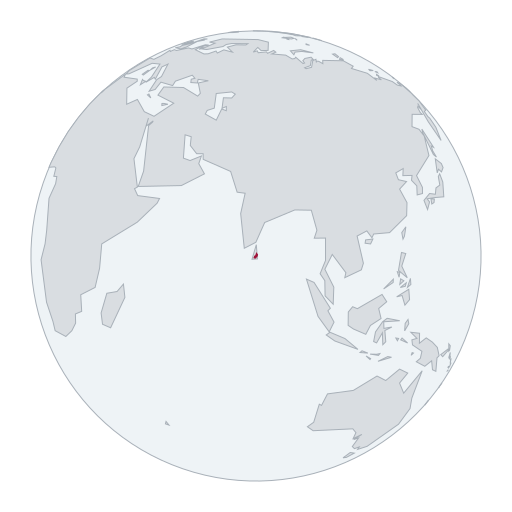 Badulla on an orthographic globe, rotated 19°
{"feature_id": "LKA-2467", "entity_name": "Badulla", "entity_type": "District", "adm_level": 1, "iso_a3": "LKA", "parent_name": "Sri Lanka", "parent_adm1": "", "projection": "orthographic", "projection_center": [81.038, 7.079], "detail": "fine", "context": "on_globe", "style": "filled", "palette": "rose", "viewbox_px": 512, "rotation_deg": 19, "n_neighbors": 0, "source": "natural_earth", "source_scale": "10m", "svg_char_len": 8869}
<svg xmlns="http://www.w3.org/2000/svg" viewBox="0 0 512 512"><g transform="rotate(19 256 256)"><circle cx="256" cy="256" r="225" fill="#eef3f6" stroke="#a8b0b8"/><path d="M348.5,50.6L345.8,49.6L350.1,51.6L335.9,45.8L343.5,48.4L343.2,48.3L348.5,50.6ZM328.6,43.1L326.4,42.5L326.9,42.5L328.6,43.1ZM57.1,150.2L73.4,126.5L73.1,129.9L86.1,127.4L86.8,129.4L79.3,139.3L84.3,154.6L92.9,146.6L103.4,155.9L114.1,157.1L128.5,138.3L110.9,135.8L113.8,126.2L132.6,120.3L148.8,123.8L150.4,120.3L145.1,111.2L153.9,105.8L143.8,107.8L144.2,111.5L137.9,113.2L137.2,109.9L140.4,107.9L136.9,105.8L122.9,116.9L121.7,122.0L109.5,122.6L106.4,131.4L101.3,135.0L104.7,121.6L108.2,117.1L110.3,103.2L105.5,107.8L103.2,121.6L101.7,120.2L95.2,127.7L98.9,120.9L102.7,105.8L95.1,107.6L76.6,125.1L74.0,126.2L75.8,121.9L91.3,103.3L95.4,103.3L101.0,97.7L107.7,89.5L108.4,90.5L111.6,87.5L113.9,87.6L124.5,81.2L128.0,81.1L139.3,72.8L142.6,71.9L135.0,76.8L131.5,80.7L141.0,81.9L144.9,80.4L151.5,75.2L153.3,76.7L158.5,71.6L167.4,70.9L160.9,67.8L168.4,62.8L177.7,59.8L179.1,57.9L163.9,63.0L159.0,65.7L156.6,68.7L142.0,76.9L137.2,77.9L148.0,68.1L142.4,68.9L153.3,61.8L187.5,50.7L198.1,49.8L200.5,57.7L193.9,60.1L189.8,58.2L187.0,64.1L190.4,61.6L191.9,63.1L199.5,59.6L200.9,60.6L205.8,55.9L208.4,56.8L205.2,59.8L218.7,56.4L226.0,57.9L228.4,56.7L228.8,55.1L237.8,58.7L239.1,57.7L236.7,56.1L237.9,53.3L243.4,50.1L246.1,51.5L244.5,52.8L245.4,58.3L240.7,62.2L242.4,62.6L247.1,59.5L246.1,52.8L248.6,50.5L250.1,53.4L249.7,52.1L251.9,51.5L256.6,52.4L255.4,49.3L275.0,43.0L286.1,44.9L285.2,47.6L301.8,47.0L313.0,50.7L310.7,49.0L317.2,48.6L313.8,47.3L313.2,46.5L328.2,46.7L333.9,48.4L337.8,48.0L336.7,47.3L332.7,45.9L335.9,45.8L350.1,51.6L352.0,52.7L359.6,56.2L362.9,58.6L369.0,62.8L368.1,64.5L373.1,68.2L375.5,69.2L384.1,75.7L393.4,86.5L375.2,73.0L359.2,59.1L364.8,63.9L360.3,61.7L360.4,62.9L364.6,66.9L367.1,68.0L357.5,71.2L361.4,82.9L368.8,83.1L375.9,87.7L386.8,104.7L381.6,127.7L391.0,136.9L393.1,142.7L388.5,145.8L385.2,137.3L378.4,133.8L377.3,129.0L368.7,132.2L366.7,125.4L361.1,131.9L365.8,137.5L374.1,136.6L370.0,146.0L381.4,156.4L385.3,168.8L374.7,190.4L360.1,196.9L359.7,201.0L352.6,196.2L345.1,204.2L359.9,227.9L360.1,234.8L347.0,247.6L346.4,242.5L327.6,229.7L325.4,246.1L339.7,260.1L344.7,276.5L334.3,271.2L329.1,256.9L322.4,251.9L323.2,237.6L315.9,216.4L305.3,220.2L305.2,211.8L293.4,194.7L277.7,199.8L253.3,221.5L251.4,243.1L242.4,252.5L227.7,220.9L225.3,200.2L217.4,201.8L204.5,184.3L174.6,181.8L172.7,176.5L166.6,178.6L157.9,172.9L155.9,164.3L149.5,164.5L155.5,187.1L162.6,187.2L171.8,179.2L171.8,187.3L180.5,195.1L162.5,213.7L122.0,228.6L122.1,212.3L112.0,167.7L114.6,163.2L114.7,162.7L114.8,161.7L109.8,169.0L109.4,160.6L110.5,190.7L108.9,203.7L121.4,229.5L119.2,231.9L124.5,237.4L146.1,233.0L145.3,238.3L132.7,262.7L106.2,294.8L112.1,318.5L114.1,338.1L102.9,349.7L109.2,365.1L104.1,369.6L107.3,378.2L106.2,386.6L102.4,394.0L90.4,392.0L85.4,384.1L73.0,367.9L54.0,329.5L52.6,313.1L49.7,299.7L41.5,268.8L43.0,252.9L41.8,245.7L38.9,246.5L38.1,237.9L36.7,237.2L31.4,239.5L31.8,234.3L34.2,216.8L37.9,199.5L43.0,182.6L49.4,166.1L57.1,150.2ZM58.7,148.3L56.5,152.3L58.7,148.3ZM161.8,138.3L174.2,140.5L175.7,128.2L180.6,128.3L179.3,124.3L175.8,127.4L173.7,117.0L181.6,114.5L183.7,109.7L179.6,108.8L165.5,115.3L168.4,129.8L162.5,134.2L161.8,138.3ZM127.2,73.0L125.6,74.8L121.1,77.9L116.8,80.0L123.2,75.2L127.2,73.0ZM124.3,76.9L136.2,67.6L139.4,66.6L135.6,68.6L136.5,68.9L130.6,72.3L122.0,81.2L117.4,84.7L111.9,85.3L116.2,82.9L117.6,81.0L124.3,76.9ZM161.1,51.7L166.3,49.3L166.4,50.0L161.6,52.2L156.9,53.8L160.0,52.2L161.1,51.7ZM236.3,31.6L236.5,31.6L229.4,32.5L233.2,32.1L233.6,32.5L228.1,33.5L227.8,33.0L221.9,34.8L218.3,34.8L217.8,35.0L212.8,35.7L206.0,37.1L205.2,37.1L202.8,37.7L199.5,38.5L196.0,39.4L193.4,39.8L188.9,41.2L190.2,40.7L183.3,43.0L187.2,41.6L183.3,42.8L181.5,43.6L179.7,44.0L198.2,38.3L217.1,34.1L236.3,31.6ZM248.2,30.9L244.3,31.1L238.6,31.4L239.1,31.4L248.2,30.9ZM91.2,126.0L92.3,126.7L94.9,126.7L90.9,131.7L91.2,126.0ZM93.4,115.6L95.0,115.2L90.5,121.6L89.3,121.2L93.4,115.6ZM99.6,109.9L95.4,114.7L97.0,111.8L99.6,109.9ZM136.8,76.4L139.0,76.0L137.7,77.3L134.8,79.1L136.8,76.4ZM209.8,41.1L210.6,40.2L212.2,39.9L217.8,37.7L221.0,37.9L218.8,39.3L209.8,41.1ZM123.3,141.2L118.0,144.4L117.4,142.4L119.3,141.7L123.3,141.2ZM102.0,137.7L105.1,140.8L100.9,139.0L102.0,137.7ZM214.2,40.9L216.2,39.9L216.6,40.7L214.2,40.9ZM223.6,38.0L224.7,38.6L222.0,37.7L223.6,38.0ZM224.8,441.7L228.8,444.2L225.0,444.2L224.8,441.7ZM145.5,337.8L141.9,371.2L133.1,370.5L128.1,360.3L127.1,339.8L136.2,334.8L139.8,325.7L145.5,337.8ZM392.6,314.7L397.8,315.7L397.5,316.8L392.6,314.7ZM387.1,311.1L393.4,311.4L385.8,313.4L387.1,311.1ZM395.8,311.6L402.1,309.6L404.9,307.9L404.2,310.1L395.8,311.6ZM382.8,311.1L358.2,310.7L348.1,307.8L350.8,304.0L367.0,305.1L382.8,311.1ZM349.9,303.9L334.3,292.9L311.2,261.4L319.5,262.1L343.3,281.2L341.8,284.4L351.3,293.1L349.9,303.9ZM386.8,284.4L385.3,294.3L371.9,293.3L365.7,291.6L361.5,278.9L363.9,272.5L369.0,272.8L387.7,251.3L394.5,256.7L389.1,265.7L394.6,274.4L386.8,284.4ZM252.6,245.2L258.3,258.3L253.3,260.4L252.6,245.2ZM394.3,236.4L387.4,245.6L393.4,233.2L394.3,236.4ZM397.3,224.7L398.2,229.5L394.7,224.8L397.3,224.7ZM360.4,207.3L355.0,208.4L354.4,205.1L361.0,201.9L360.4,207.3ZM388.2,179.6L389.9,189.0L389.5,192.2L386.2,186.4L388.2,179.6ZM244.1,45.3L232.6,47.7L226.5,50.5L226.3,53.4L221.7,50.8L231.1,46.4L244.1,45.3ZM270.9,42.9L271.0,41.1L274.2,41.7L274.6,42.2L270.9,42.9ZM268.6,41.9L262.7,40.2L264.8,39.1L269.1,40.6L268.6,41.9ZM238.1,39.3L234.5,39.8L234.3,39.1L238.1,39.3ZM404.0,418.5L409.1,411.1L413.1,410.4L407.0,417.0L404.0,418.5ZM403.8,387.9L366.9,402.6L360.2,400.7L364.7,394.4L364.1,375.5L366.6,375.9L368.5,363.1L391.8,351.4L409.5,330.1L419.2,331.5L428.6,316.2L437.6,317.3L433.1,329.4L440.3,337.6L450.5,310.4L449.6,339.6L451.3,350.1L445.5,368.7L423.0,399.8L415.0,405.8L415.8,402.9L411.8,406.1L409.1,404.8L412.2,394.7L408.1,397.8L414.2,390.2L407.3,397.0L408.0,390.5L403.8,387.9ZM466.0,336.0L465.9,336.9L464.2,342.1L464.4,341.1L466.0,336.0ZM472.2,319.0L471.7,320.9L471.5,321.5L472.2,319.0ZM472.3,318.4L473.2,315.5L472.4,318.4L472.3,318.4ZM474.3,302.4L474.8,300.9L474.8,302.1L474.3,302.4ZM405.6,315.9L413.3,308.2L417.1,307.6L405.6,315.9ZM474.4,299.2L473.7,298.8L474.0,297.3L474.4,299.2ZM475.0,295.5L475.2,293.3L475.0,298.5L475.0,295.5ZM474.0,290.5L474.6,294.5L473.8,291.0L474.0,290.5ZM473.3,291.0L472.5,289.3L472.7,288.6L473.3,291.0ZM460.3,293.4L463.6,306.5L459.9,306.1L456.2,297.9L451.5,305.3L442.0,303.8L444.7,299.2L443.9,292.1L432.9,289.1L430.7,284.5L435.0,281.5L427.2,277.7L435.8,275.8L438.9,285.3L443.6,278.0L450.8,280.0L457.2,283.4L461.6,290.7L460.3,293.4ZM435.1,296.5L436.5,296.5L435.0,299.4L435.1,296.5ZM471.1,283.9L472.2,288.6L471.9,289.8L471.3,289.0L471.1,283.9ZM462.8,289.1L467.8,281.5L468.8,281.7L465.3,290.4L462.8,289.1ZM466.9,276.3L468.9,277.6L469.7,282.0L469.3,283.2L466.9,276.3ZM417.7,287.5L417.3,290.1L414.9,288.0L417.7,287.5ZM420.8,286.0L427.7,288.9L420.1,288.2L420.8,286.0ZM398.2,276.6L400.5,282.8L407.6,278.9L402.1,284.5L406.6,294.8L404.8,298.6L400.5,287.5L398.3,298.9L395.1,298.6L393.7,288.9L397.1,277.0L400.3,272.2L413.0,270.4L398.2,276.6ZM420.9,278.4L419.0,271.2L420.4,266.5L422.5,270.3L420.9,278.4ZM412.8,254.0L407.0,245.8L402.3,248.8L411.3,237.7L415.4,247.3L412.8,254.0ZM407.0,236.1L402.7,238.8L406.8,232.4L407.0,236.1ZM401.2,236.1L400.2,230.5L403.9,231.3L401.2,236.1ZM409.4,236.4L409.3,226.9L411.7,232.5L409.4,236.4ZM397.1,218.1L406.1,227.3L395.4,223.2L392.4,205.3L396.8,204.9L397.1,218.1ZM405.3,149.6L402.8,145.0L406.1,144.1L406.9,147.5L405.3,149.6ZM414.3,138.9L406.1,142.5L399.2,146.2L402.5,148.4L403.1,156.2L396.7,148.7L399.8,140.4L405.5,139.2L404.0,133.0L406.7,129.1L402.5,121.5L402.9,118.5L408.5,125.2L414.3,138.9ZM400.3,118.4L393.9,105.8L401.1,108.2L404.1,111.5L404.0,116.1L400.3,114.5L400.3,118.4ZM394.4,103.7L390.7,102.3L373.3,84.9L371.5,82.0L388.5,95.4L385.9,95.0L388.9,99.1L394.4,103.7ZM328.3,43.3L326.6,42.6L329.1,43.4L328.3,43.3ZM311.2,45.9L310.8,45.0L313.7,45.7L311.2,45.9ZM311.4,43.1L308.3,42.9L310.4,42.4L311.4,43.1ZM301.6,42.8L306.5,42.5L303.5,43.7L301.6,42.8Z" fill="#d9dde1" stroke="#a8b0b8" stroke-width="1"/><path d="M256.9,255.2L256.8,255.3L256.7,255.4L256.6,255.5L256.4,255.6L256.4,255.8L256.5,255.8L256.5,256.0L256.7,255.9L256.7,256.0L256.8,256.0L256.8,256.3L256.7,256.5L256.4,256.8L256.3,257.0L256.2,257.0L256.1,257.3L256.1,257.5L256.1,257.8L256.1,258.0L256.1,257.9L256.0,258.0L255.9,258.1L255.8,257.9L255.7,257.7L255.4,257.6L255.2,257.6L255.3,257.4L255.2,257.3L255.2,257.2L255.1,257.3L255.1,257.1L255.2,256.9L255.0,256.7L255.3,256.4L255.5,256.4L255.6,256.2L255.7,255.9L255.7,255.7L255.8,255.5L255.9,255.4L255.8,255.0L255.8,254.4L255.8,254.1L255.8,253.9L255.9,254.0L256.0,254.3L256.3,254.2L256.5,254.1L256.7,254.3L256.6,254.5L256.6,254.8L256.7,255.0L256.8,255.0L256.9,255.2Z" fill="#f43f5e" stroke="#9f1239" stroke-width="1.5"/></g></svg>